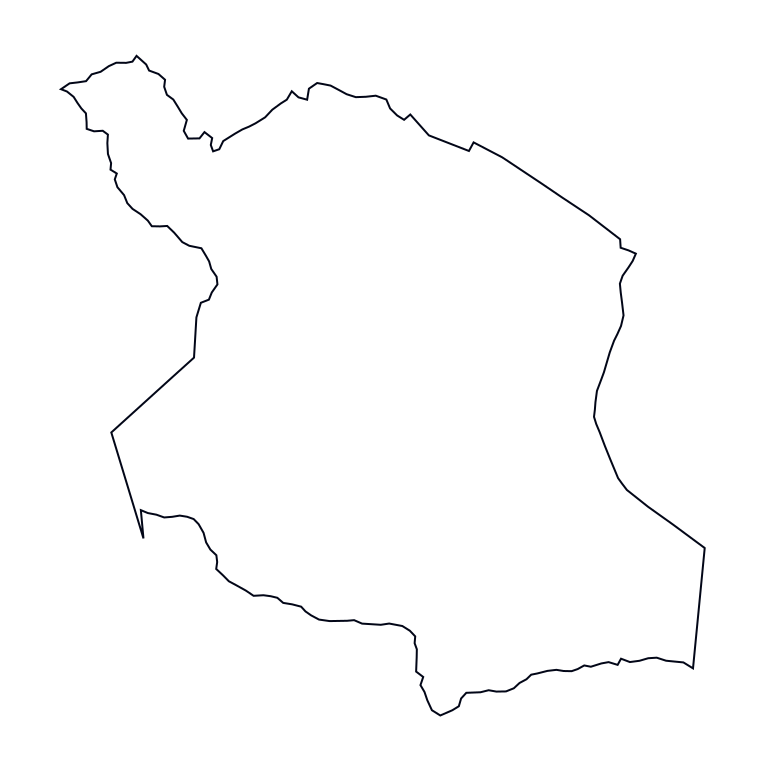 Pocinhos, Paraíba, Brazil (Mercator projection), rotated 269°
{"feature_id": "56859067B52062450709607", "entity_name": "Pocinhos", "entity_type": "district", "adm_level": 2, "iso_a3": "BRA", "parent_name": "Brazil", "parent_adm1": "Paraíba", "projection": "mercator", "projection_center": [-36.082, -7.057], "detail": "fine", "context": "isolated", "style": "outline", "palette": "ink", "viewbox_px": 768, "rotation_deg": 269, "n_neighbors": 0, "source": "geoboundaries", "source_scale": "gbopen_adm2", "svg_char_len": 2788}
<svg xmlns="http://www.w3.org/2000/svg" viewBox="0 0 768 768"><g transform="rotate(269 384 384)"><path d="M340.3,110.5L267.6,131.2L233.8,140.8L262.1,138.7L259.1,145.6L257.3,154.2L254.4,161.9L254.9,170.0L256.0,177.5L254.7,184.8L252.3,191.3L247.1,196.2L238.3,201.0L228.7,203.4L221.5,207.5L215.7,213.4L208.9,214.1L202.0,213.0L195.3,219.9L189.5,225.4L185.4,232.7L179.9,242.2L174.5,249.9L174.9,259.8L173.8,267.0L172.1,273.6L166.9,279.4L165.3,288.3L162.8,297.3L158.0,301.5L154.0,307.0L149.6,314.9L147.9,325.5L147.9,336.6L147.9,343.0L148.4,350.0L144.8,357.9L144.1,366.7L143.3,376.6L144.4,385.0L141.7,398.1L136.8,405.6L131.1,410.8L124.3,410.1L118.2,412.2L110.0,411.9L95.9,411.1L90.4,418.1L82.3,415.2L75.4,419.1L67.0,421.8L57.0,426.2L51.6,434.5L56.6,446.6L60.5,453.2L68.2,455.6L73.8,460.9L74.1,475.1L76.0,483.3L74.5,491.0L74.5,500.6L77.5,508.5L82.7,514.3L86.3,521.3L90.8,526.1L91.9,532.2L94.3,542.4L95.2,551.4L93.9,558.6L93.6,566.6L95.6,572.7L99.1,579.3L97.7,585.9L100.8,596.4L102.0,603.7L99.1,612.7L105.2,616.2L101.7,625.0L102.8,634.6L105.2,643.4L105.6,651.9L102.4,661.2L101.4,669.8L100.4,678.5L94.3,688.0L214.4,701.8L238.2,670.8L256.7,645.8L273.8,625.0L280.2,620.3L285.8,616.4L304.8,608.9L318.1,603.8L325.9,601.0L331.8,598.9L340.3,595.5L347.5,593.4L354.7,594.4L362.1,595.1L373.4,596.8L384.7,601.3L391.9,604.1L401.8,607.2L411.7,610.3L423.3,614.8L429.8,618.2L437.9,622.0L448.4,624.7L461.5,623.4L471.3,622.3L480.2,621.6L488.1,624.5L496.3,630.5L502.7,634.8L509.9,638.1L513.3,630.9L516.1,623.0L524.6,622.6L549.2,591.8L554.0,584.8L567.2,565.6L581.6,545.2L608.6,506.1L624.0,477.8L615.5,473.0L631.8,433.2L653.0,415.0L647.8,408.7L652.3,401.8L659.4,394.9L668.4,391.3L672.4,380.8L671.5,370.9L671.3,360.8L674.4,351.7L678.7,344.1L683.3,335.8L684.8,328.9L686.1,322.4L680.6,314.1L669.6,312.1L672.1,303.5L678.3,296.9L670.0,291.8L666.3,285.7L660.2,277.1L652.7,269.8L646.9,260.1L643.7,253.6L641.0,246.8L636.9,239.4L629.7,227.5L621.6,223.4L619.6,217.2L626.0,215.0L632.9,216.5L639.0,208.9L632.8,203.8L632.8,192.4L640.6,188.2L651.5,191.5L658.2,186.5L664.6,182.8L672.1,178.3L676.9,172.0L685.0,169.4L692.0,170.4L697.9,163.9L701.5,154.6L707.6,151.8L716.4,142.3L710.7,138.1L709.6,131.8L709.9,121.9L706.6,114.4L701.1,106.1L698.7,97.1L692.0,91.4L690.9,83.1L690.1,74.9L684.4,66.2L682.0,72.1L676.5,78.7L670.4,82.4L664.8,86.2L659.8,90.7L650.9,91.2L644.3,91.2L641.7,98.5L642.1,107.2L638.2,112.3L629.7,111.6L618.8,112.0L609.6,115.0L603.1,114.3L599.1,120.5L593.3,118.4L585.4,120.9L577.4,127.4L569.3,130.5L563.5,135.6L558.0,143.6L551.5,150.7L545.8,154.6L545.5,162.8L545.8,170.0L538.9,176.9L529.4,184.8L525.6,191.7L522.9,203.8L515.3,208.2L509.6,211.3L502.0,213.3L494.2,218.5L486.5,219.2L478.5,213.4L471.4,210.4L468.4,202.3L453.9,197.6L413.7,194.5L394.8,172.8L340.3,110.5Z" fill="none" stroke="#020617" stroke-width="2"/></g></svg>